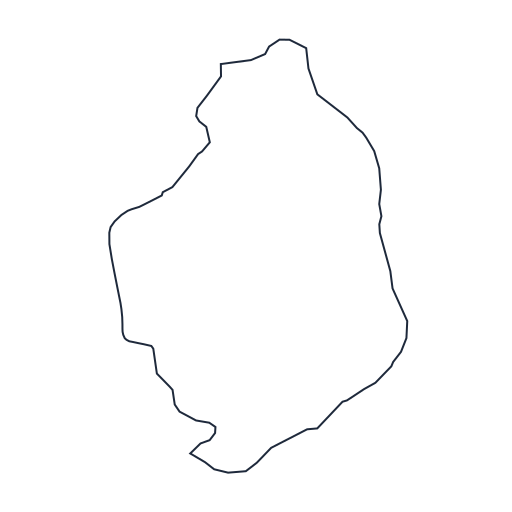 San Lorenzo, San Marcos, Guatemala (Albers equal-area conic projection), rotated 85°
{"feature_id": "79465075B14386686272745", "entity_name": "San Lorenzo", "entity_type": "district", "adm_level": 2, "iso_a3": "GTM", "parent_name": "Guatemala", "parent_adm1": "San Marcos", "projection": "albers", "projection_center": [-91.744, 15.025], "detail": "fine", "context": "isolated", "style": "outline", "palette": "slate", "viewbox_px": 512, "rotation_deg": 85, "n_neighbors": 0, "source": "geoboundaries", "source_scale": "gbopen_adm2", "svg_char_len": 1270}
<svg xmlns="http://www.w3.org/2000/svg" viewBox="0 0 512 512"><g transform="rotate(85 256 256)"><path d="M53.3,187.9L43.5,203.8L42.5,213.7L48.5,224.7L55.6,229.3L60.4,244.0L61.7,274.3L74.0,275.2L92.0,290.9L103.3,301.4L111.4,303.4L117.0,300.7L123.0,294.3L138.7,292.1L147.2,300.7L149.4,304.8L161.0,314.8L180.1,333.3L184.3,343.3L187.5,344.6L194.9,362.9L196.9,368.0L198.6,375.9L199.8,379.9L203.4,386.5L209.2,393.8L214.5,398.3L220.0,400.1L231.4,401.0L246.4,399.9L260.1,398.5L274.0,397.0L283.9,395.9L291.0,395.1L297.2,394.7L305.2,394.6L312.3,395.0L317.2,395.4L320.0,395.5L323.0,395.1L326.5,393.9L328.2,392.3L329.9,389.7L330.9,386.2L332.7,380.3L334.1,375.5L336.5,368.1L339.4,366.4L364.5,365.0L378.5,353.5L382.1,350.8L396.9,349.9L404.4,345.7L414.6,330.1L418.0,317.1L422.8,311.3L428.8,312.2L435.4,318.2L437.9,327.6L447.0,338.7L457.0,324.7L464.8,316.3L469.4,302.7L469.5,284.9L462.0,273.2L448.4,257.6L433.1,220.2L433.1,210.0L408.7,182.5L407.8,178.0L398.0,159.9L392.7,148.1L377.7,130.8L373.5,128.6L364.1,119.9L350.9,113.3L334.0,111.0L300.2,122.8L282.8,123.5L243.9,130.6L235.1,130.4L227.3,127.6L215.0,128.7L200.9,125.8L179.4,125.6L161.8,129.1L147.7,135.9L142.4,139.1L137.4,144.3L126.0,152.9L100.3,180.8L73.8,187.4L53.3,187.9Z" fill="none" stroke="#1e293b" stroke-width="2"/></g></svg>